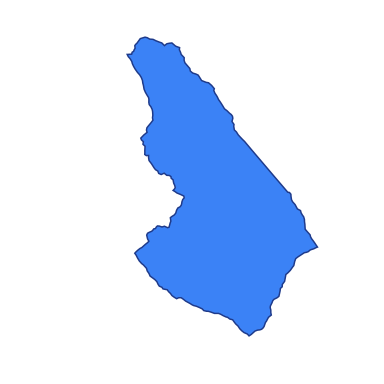 Andradina, São Paulo, Brazil (Equal Earth projection), rotated 138°
{"feature_id": "56859067B92284458122912", "entity_name": "Andradina", "entity_type": "district", "adm_level": 2, "iso_a3": "BRA", "parent_name": "Brazil", "parent_adm1": "São Paulo", "projection": "equal_earth", "projection_center": [-51.316, -20.865], "detail": "fine", "context": "isolated", "style": "filled", "palette": "blue", "viewbox_px": 384, "rotation_deg": 138, "n_neighbors": 0, "source": "geoboundaries", "source_scale": "gbopen_adm2", "svg_char_len": 3666}
<svg xmlns="http://www.w3.org/2000/svg" viewBox="0 0 384 384"><g transform="rotate(138 192 192)"><path d="M275.5,184.8L275.8,182.4L276.6,179.5L277.3,176.0L277.3,172.5L276.9,170.3L276.9,168.1L276.9,165.7L278.1,163.3L278.5,160.2L279.4,157.6L278.8,154.8L278.2,151.8L278.1,148.9L279.0,146.0L279.3,143.9L278.1,141.3L278.4,139.4L277.0,137.5L275.8,135.9L276.1,133.7L275.9,131.0L276.2,128.5L275.7,126.0L274.8,123.0L272.6,122.3L270.8,120.7L270.2,118.1L269.7,115.1L268.8,112.6L268.0,110.3L267.5,108.4L266.8,106.6L265.2,104.2L263.7,101.0L262.6,98.2L262.6,96.0L261.1,93.8L259.6,92.3L258.3,90.1L256.5,86.7L253.5,84.0L252.5,82.0L251.6,79.3L250.4,76.5L249.4,75.0L248.9,72.3L247.3,69.9L247.6,67.3L247.8,64.7L247.5,61.6L248.0,58.4L247.9,55.7L247.4,52.7L245.9,49.4L245.9,46.9L243.3,46.5L240.5,46.5L238.2,46.5L235.7,45.5L233.9,44.2L232.1,43.4L230.2,43.4L228.5,43.8L224.7,45.9L223.1,46.2L221.0,47.0L219.0,47.7L215.4,47.5L214.3,49.4L212.4,51.6L211.3,53.7L210.1,54.8L208.3,55.5L206.8,56.1L204.7,57.2L202.8,57.4L199.7,56.5L197.3,56.3L195.7,57.4L192.8,59.5L190.8,61.2L188.4,61.2L186.7,62.9L183.0,63.6L180.4,65.6L177.4,67.9L175.9,67.8L174.4,67.8L172.9,67.9L171.3,68.0L167.4,68.9L165.6,69.2L162.1,71.7L159.5,73.1L156.8,72.9L149.1,71.7L147.5,70.7L145.6,69.9L142.8,69.8L139.5,68.3L137.2,67.7L135.6,67.1L135.3,69.4L134.9,72.1L134.6,74.6L134.4,77.1L133.9,79.3L132.9,81.2L132.9,85.5L132.8,88.6L131.4,90.4L129.7,92.5L128.3,94.6L126.8,96.4L125.6,98.9L125.4,101.0L124.9,103.4L123.8,105.6L125.0,108.9L123.8,113.7L123.8,117.4L123.2,119.7L121.5,122.3L120.0,124.2L119.9,126.4L121.0,127.8L120.9,131.6L120.5,147.6L119.5,183.4L119.2,192.2L119.1,194.3L119.3,197.2L119.4,200.6L119.4,203.7L118.8,206.9L119.0,209.8L117.0,212.9L115.6,214.1L115.1,217.6L112.3,219.5L111.2,221.3L111.0,223.3L111.4,225.4L111.6,229.0L112.2,232.1L111.5,235.6L110.8,239.7L110.4,243.1L109.7,245.2L109.2,247.5L108.9,250.0L107.8,253.0L106.3,253.8L106.1,258.1L106.6,262.1L108.1,264.0L110.3,268.4L109.5,272.8L109.2,274.8L110.1,276.9L111.9,280.0L112.3,283.0L111.0,285.2L110.8,292.8L109.7,295.2L107.9,297.1L108.0,301.4L107.0,303.6L106.2,306.2L104.6,307.6L105.7,309.6L106.6,311.4L107.2,316.2L109.3,317.7L111.5,319.0L114.5,319.2L114.7,323.0L116.0,325.3L117.6,328.5L118.8,331.5L121.1,333.9L122.0,336.6L123.3,338.5L125.7,339.6L127.8,340.6L133.4,339.4L135.2,339.4L136.6,339.0L138.1,336.9L139.8,336.4L141.3,335.6L143.0,335.9L144.6,334.8L148.1,337.6L148.8,335.2L148.8,332.5L149.4,329.3L150.5,327.2L151.4,324.2L152.0,321.4L152.5,317.3L152.5,314.0L153.1,310.9L154.2,308.0L155.6,306.0L156.9,303.5L158.8,300.5L159.9,297.3L160.6,294.0L161.1,291.2L162.2,289.5L164.1,287.5L165.3,285.6L165.5,282.9L166.4,279.9L167.5,278.1L169.7,275.3L171.7,273.6L173.0,271.5L175.5,271.0L180.8,270.2L182.5,269.9L184.4,268.5L185.5,266.4L189.5,266.6L194.0,266.3L194.7,264.6L194.5,261.9L196.5,260.3L196.3,257.4L199.4,254.3L200.6,252.9L202.0,251.5L201.6,249.6L199.8,248.2L201.3,246.6L202.9,244.1L203.2,240.1L204.0,235.4L204.2,233.0L203.4,230.5L204.3,228.1L203.2,225.6L200.1,224.6L199.6,221.3L197.8,219.5L197.3,217.6L198.3,216.1L197.9,213.8L199.7,210.8L200.4,208.6L201.4,206.6L202.8,206.0L205.0,205.8L204.3,203.5L203.9,201.4L202.1,197.7L200.8,194.5L201.7,192.9L203.9,192.6L206.1,191.4L207.4,190.3L208.8,189.4L210.7,189.0L213.2,189.6L215.6,188.8L218.2,187.2L220.5,186.8L223.6,187.3L225.3,187.4L227.2,184.5L229.1,183.5L230.6,182.5L232.6,181.2L234.0,181.8L235.4,185.0L237.7,186.1L239.2,188.7L240.4,189.9L241.8,189.9L243.6,189.3L245.2,190.2L246.7,189.8L248.3,189.8L250.5,190.6L252.6,191.1L254.5,190.3L256.4,186.9L257.0,184.3L258.9,184.1L261.6,184.3L263.6,184.3L266.5,184.3L268.2,184.8L270.6,185.0L273.3,185.0L275.5,184.8Z" fill="#3b82f6" stroke="#1e3a8a" stroke-width="1.5"/></g></svg>